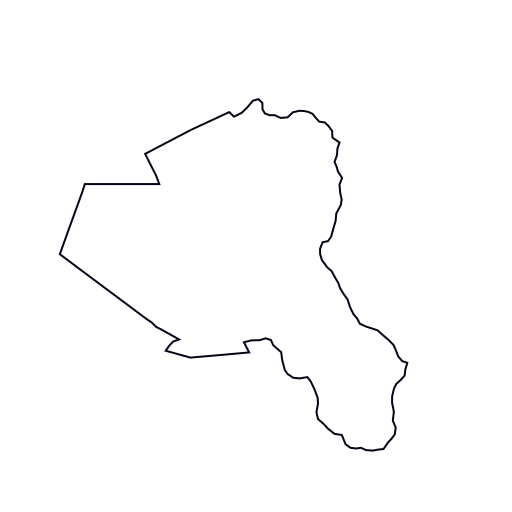 the district of Novo Triunfo, Bahia, Brazil, rotated 198°
{"feature_id": "56859067B45610866333733", "entity_name": "Novo Triunfo", "entity_type": "district", "adm_level": 2, "iso_a3": "BRA", "parent_name": "Brazil", "parent_adm1": "Bahia", "projection": "robinson", "projection_center": [-38.496, -10.365], "detail": "fine", "context": "isolated", "style": "outline", "palette": "ink", "viewbox_px": 512, "rotation_deg": 198, "n_neighbors": 0, "source": "geoboundaries", "source_scale": "gbopen_adm2", "svg_char_len": 1727}
<svg xmlns="http://www.w3.org/2000/svg" viewBox="0 0 512 512"><g transform="rotate(198 256 256)"><path d="M329.0,157.7L323.6,156.9L303.4,152.9L308.4,149.0L310.9,143.6L312.6,138.0L287.0,139.1L256.5,152.0L232.7,162.2L240.8,170.2L234.6,174.2L226.5,177.1L221.3,180.7L215.8,180.7L212.2,176.6L207.5,174.5L202.3,172.3L199.0,165.3L193.5,156.6L189.6,153.6L183.0,151.7L176.6,153.1L169.7,156.7L165.2,153.6L159.1,147.2L153.5,140.1L151.4,134.7L150.2,126.0L146.6,120.1L140.1,117.3L134.3,114.1L126.4,111.1L119.1,112.3L112.6,104.6L106.9,102.8L101.2,103.9L97.0,106.0L91.2,105.4L84.6,107.1L80.3,109.5L75.1,111.8L72.9,119.2L70.6,124.2L68.9,129.3L70.1,136.0L75.0,141.7L76.7,150.4L81.3,158.6L83.2,164.8L83.8,172.8L83.0,177.7L80.1,182.8L77.7,188.0L78.9,194.2L79.1,201.2L84.4,201.2L89.8,204.5L94.1,209.9L97.9,214.0L104.1,217.2L110.2,219.7L117.5,222.9L123.6,222.9L129.5,222.9L136.4,223.7L140.5,227.8L145.2,230.7L150.7,236.3L155.6,243.1L160.9,246.9L166.2,251.5L169.2,255.6L174.5,260.3L179.4,265.0L185.0,267.4L192.0,272.4L195.6,277.6L197.3,282.6L196.9,289.7L192.1,292.4L190.5,297.6L190.9,305.7L191.1,314.0L192.8,321.1L191.1,330.8L192.0,336.3L195.5,342.2L198.7,349.8L198.2,356.8L204.2,361.7L206.8,365.7L210.4,369.8L210.1,376.7L211.8,383.6L211.6,389.7L219.9,392.2L222.2,398.4L227.0,401.9L232.0,404.3L237.4,403.3L242.4,406.2L246.2,408.7L250.8,409.2L255.3,408.7L259.8,407.4L265.3,404.1L268.8,397.6L275.3,394.9L281.7,395.7L286.7,394.1L291.6,394.3L295.2,397.6L297.2,403.5L302.1,405.9L306.9,402.8L310.2,394.7L313.8,387.8L320.0,381.7L325.9,384.6L357.0,355.7L393.0,318.9L386.0,311.8L375.6,301.3L370.2,294.5L441.0,271.5L441.0,262.7L442.4,221.0L443.1,197.1L418.9,188.8L340.5,162.2L335.0,160.7L329.0,157.7Z" fill="none" stroke="#020617" stroke-width="2"/></g></svg>